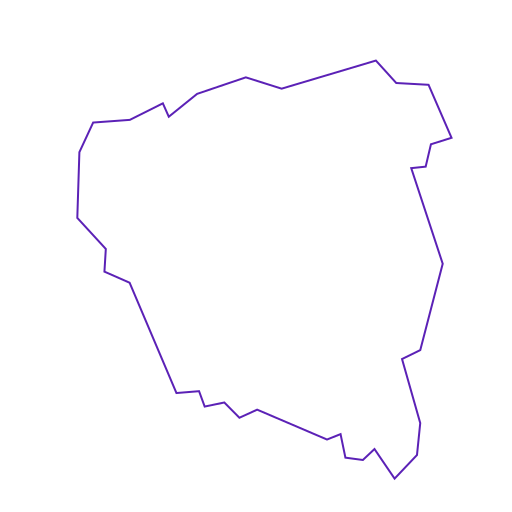 the district of Zrnovtsi, Zrnovci, North Macedonia, rotated 6°
{"feature_id": "65306769B51513115302581", "entity_name": "Zrnovtsi", "entity_type": "district", "adm_level": 2, "iso_a3": "MKD", "parent_name": "North Macedonia", "parent_adm1": "Zrnovci", "projection": "equal_earth", "projection_center": [22.434, 41.837], "detail": "fine", "context": "isolated", "style": "outline", "palette": "violet", "viewbox_px": 512, "rotation_deg": 6, "n_neighbors": 0, "source": "geoboundaries", "source_scale": "gbopen_adm2", "svg_char_len": 599}
<svg xmlns="http://www.w3.org/2000/svg" viewBox="0 0 512 512"><g transform="rotate(6 256 256)"><path d="M354.8,49.1L264.0,86.9L227.2,79.4L180.5,100.9L154.7,126.6L147.4,113.9L116.3,133.8L80.1,140.3L69.5,171.2L74.3,236.8L105.9,264.7L106.9,287.4L133.1,295.8L191.2,400.6L213.5,396.4L220.7,411.1L239.8,405.0L256.4,418.6L273.2,408.7L345.8,431.1L358.7,424.3L366.0,447.2L383.6,447.7L394.0,435.6L417.1,462.9L436.9,437.1L436.8,405.0L412.0,343.2L429.2,332.4L442.5,244.2L401.2,152.4L415.4,149.4L418.3,126.6L438.1,118.0L409.7,67.7L377.4,69.3L354.8,49.1Z" fill="none" stroke="#5b21b6" stroke-width="2"/></g></svg>